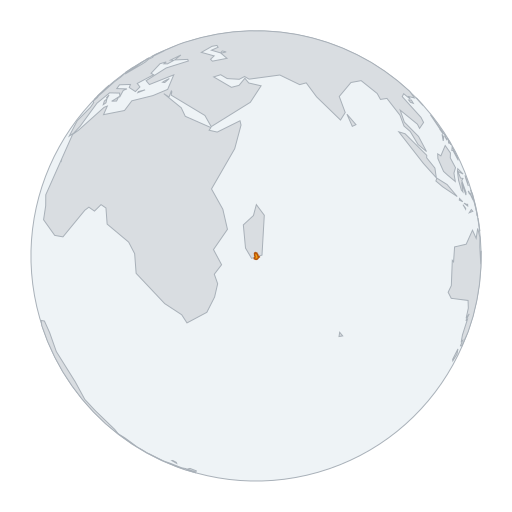 Androy highlighted on a globe, orthographic projection, rotated 344°
{"feature_id": "MDG-5864", "entity_name": "Androy", "entity_type": "Autonomous Province", "adm_level": 1, "iso_a3": "MDG", "parent_name": "Madagascar", "parent_adm1": "", "projection": "orthographic", "projection_center": [45.412, -24.742], "detail": "fine", "context": "on_globe", "style": "filled", "palette": "amber", "viewbox_px": 512, "rotation_deg": 344, "n_neighbors": 0, "source": "natural_earth", "source_scale": "10m", "svg_char_len": 6239}
<svg xmlns="http://www.w3.org/2000/svg" viewBox="0 0 512 512"><g transform="rotate(344 256 256)"><circle cx="256" cy="256" r="225" fill="#eef3f6" stroke="#a8b0b8"/><path d="M30.9,264.0L31.7,258.7L34.7,260.2L36.5,272.7L37.7,292.8L47.5,326.9L51.9,346.7L58.9,360.4L72.5,384.0L74.5,388.9L79.9,394.8L85.9,402.6L88.9,406.7L94.5,412.5L96.9,415.3L99.0,416.9L110.5,427.5L116.0,431.3L126.3,439.2L129.9,441.0L131.0,442.1L134.1,444.3L136.9,445.9L137.0,447.0L128.5,441.7L122.2,437.2L109.0,426.7L96.6,415.2L85.1,402.8L74.6,389.6L65.1,375.7L56.7,361.0L49.4,345.8L43.3,330.1L38.3,314.0L34.6,297.5L32.1,280.8L30.9,264.0ZM139.4,446.1L138.2,447.6L137.7,446.4L131.1,441.9L134.0,442.0L139.4,446.1ZM122.6,433.5L118.7,429.5L119.6,429.6L122.5,432.4L122.6,433.5ZM207.7,36.0L204.8,36.6L205.6,36.6L194.1,40.4L187.3,42.4L190.3,40.6L180.9,43.6L181.8,43.3L207.7,36.0ZM239.8,31.3L241.5,31.2L242.4,31.1L243.0,31.1L246.2,30.9L247.7,30.9L263.7,30.9L279.7,32.0L295.6,34.2L311.2,37.6L326.6,42.1L341.6,47.6L356.2,54.2L370.3,61.9L383.8,70.5L396.6,80.0L408.8,90.5L420.2,101.7L430.7,113.8L440.4,126.6L449.1,140.0L451.8,147.7L446.7,144.8L447.5,147.6L442.7,140.7L440.5,143.1L452.8,168.2L453.9,173.8L448.4,178.4L447.5,173.8L434.8,155.5L435.5,168.2L445.2,185.9L448.7,202.6L442.5,193.5L438.6,178.8L434.1,171.9L433.2,160.3L425.3,140.6L418.8,139.8L417.3,133.2L405.4,116.4L395.1,115.4L380.0,125.6L381.3,142.7L374.7,148.6L358.1,119.7L352.0,103.4L345.2,103.3L328.8,88.6L298.1,84.1L294.5,80.3L288.6,81.5L277.2,77.5L272.0,72.0L264.7,72.2L278.9,87.1L286.7,87.3L294.3,82.1L296.7,87.7L307.8,93.8L292.9,106.7L248.6,119.3L245.6,106.8L218.8,78.0L220.4,74.9L220.3,74.6L220.1,74.0L216.2,79.2L212.1,74.5L225.0,92.9L226.5,102.2L248.0,120.1L245.6,122.2L252.9,126.2L277.9,121.6L277.7,126.0L265.1,147.0L231.7,179.3L237.0,201.9L235.9,222.5L216.9,238.1L220.5,254.9L210.9,262.0L211.5,272.1L204.9,284.0L193.2,296.6L171.2,301.3L168.4,292.0L155.1,276.6L136.0,239.6L140.0,220.3L137.4,207.5L121.7,184.3L125.0,168.5L121.2,163.9L113.1,168.3L108.8,163.0L104.1,164.8L75.7,184.4L68.2,180.7L61.8,162.6L67.7,149.7L70.8,139.2L113.2,88.6L120.0,86.2L151.0,71.2L154.4,70.9L148.4,78.1L169.7,79.9L179.4,72.6L201.1,73.4L217.0,71.5L226.9,59.2L200.8,61.8L198.7,57.2L221.5,50.5L244.7,49.9L244.6,48.2L231.9,45.1L239.2,42.1L227.8,44.1L230.9,45.3L223.8,46.9L220.5,45.9L223.2,44.7L216.8,44.7L205.5,51.4L207.5,53.5L189.4,57.4L191.0,61.5L185.4,64.7L180.6,59.1L182.6,56.5L172.0,53.8L168.3,56.7L178.0,59.8L174.1,60.2L169.1,65.3L169.8,61.8L160.2,58.8L145.2,65.3L122.7,82.8L114.7,87.6L109.6,89.2L121.4,76.7L137.9,67.4L142.3,63.8L142.1,62.3L147.1,60.0L149.0,58.5L155.5,55.5L167.8,49.5L174.9,46.9L182.6,43.2L187.3,41.7L181.4,44.1L181.1,44.8L199.1,40.2L203.4,38.9L207.0,37.2L211.5,36.5L212.6,35.5L224.4,33.5L211.0,35.4L214.9,34.5L215.3,34.4L239.8,31.3ZM96.2,108.9L94.4,112.0L96.2,108.9ZM267.8,56.7L282.6,58.0L278.2,51.4L283.6,51.6L280.1,49.6L277.9,51.0L269.9,45.9L277.1,44.9L276.5,42.8L271.5,42.3L259.6,45.2L270.9,52.1L266.5,54.4L267.8,56.7ZM151.6,56.4L150.4,57.0L147.6,58.5L151.6,56.4ZM161.5,51.5L161.7,51.9L158.2,53.9L143.5,61.0L150.3,57.3L148.7,58.0L157.0,53.7L158.3,53.0L161.5,51.5ZM159.9,67.4L162.8,66.7L167.8,65.2L164.7,68.6L159.9,67.4ZM153.0,65.2L155.9,64.0L154.0,67.4L150.9,68.4L153.0,65.2ZM159.1,60.7L156.2,63.6L156.0,62.6L159.1,60.7ZM184.2,43.1L187.5,42.1L187.2,42.4L184.7,43.4L184.2,43.1ZM221.6,61.5L216.1,64.1L214.1,63.2L216.4,62.5L221.6,61.5ZM188.3,65.5L195.2,65.7L187.4,66.4L188.3,65.5ZM315.4,352.4L317.3,356.7L313.6,356.3L315.4,352.4ZM275.2,219.1L262.0,256.8L251.1,257.0L248.1,245.5L252.4,222.6L264.7,216.4L270.5,206.7L275.2,219.1ZM469.1,263.7L470.7,268.0L470.4,268.8L469.1,263.7ZM467.5,256.8L469.7,260.8L466.8,258.3L467.5,256.8ZM470.5,262.5L472.8,264.5L473.7,264.6L473.3,266.3L470.5,262.5ZM465.8,254.3L454.6,241.0L449.6,233.5L451.3,231.0L459.4,240.0L465.8,254.3ZM450.9,230.5L442.5,213.3L427.5,176.0L433.0,179.6L447.9,206.3L447.1,208.6L452.2,220.8L450.9,230.5ZM469.1,230.9L468.1,239.3L462.5,231.1L459.6,226.4L457.7,212.5L458.8,207.9L461.3,210.7L468.3,202.0L471.3,210.5L469.8,215.2L472.1,226.1L469.1,230.9ZM382.5,144.7L388.3,157.3L384.3,157.9L382.5,144.7ZM469.2,193.4L467.7,197.0L468.4,190.3L469.2,193.4ZM468.4,185.9L469.5,190.2L467.5,184.5L468.4,185.9ZM449.3,152.6L446.8,150.8L445.7,148.1L448.3,148.9L449.3,152.6ZM453.7,148.1L457.3,155.4L458.1,157.3L455.2,151.4L453.7,148.1ZM416.5,409.6L424.5,401.0L422.1,405.8L416.3,411.0L416.5,409.6ZM438.9,387.5L429.1,399.2L427.8,398.7L431.3,394.1L429.8,394.7L432.7,388.8L441.7,375.3L439.9,376.0L445.0,370.4L440.8,373.8L445.7,364.7L447.6,357.2L432.0,350.5L430.7,343.8L435.6,338.3L443.5,314.3L444.3,316.1L449.4,302.0L461.3,302.6L471.2,290.9L472.5,299.7L476.7,290.6L476.4,299.8L473.6,309.1L469.8,325.8L473.9,313.1L469.1,328.9L463.2,344.4L456.2,359.3L448.1,373.8L438.9,387.5ZM472.9,273.2L475.8,270.7L476.7,272.8L472.9,273.2ZM478.1,293.8L478.7,289.5L479.1,287.4L479.9,280.5L478.1,293.8ZM480.1,279.3L480.5,266.7L480.6,260.4L481.0,261.1L480.4,251.3L481.2,256.4L480.9,268.1L481.0,266.6L480.1,279.3ZM479.9,275.8L479.9,277.0L479.6,278.6L479.9,275.8ZM478.5,253.4L478.3,255.6L477.9,251.9L478.5,253.4ZM479.2,254.2L480.1,262.3L479.0,255.8L479.2,254.2ZM473.4,230.4L474.1,237.5L476.3,238.5L474.6,240.2L475.4,252.8L474.6,255.3L473.9,241.9L472.6,251.5L471.6,249.2L471.6,239.0L473.0,230.1L474.0,227.7L477.7,234.3L473.4,230.4ZM479.4,247.2L479.0,239.2L479.2,236.0L479.7,240.9L479.4,247.2ZM476.8,219.8L474.5,209.0L473.3,208.6L474.6,205.2L476.8,216.0L476.8,219.8ZM473.3,201.1L472.3,200.5L472.7,198.0L473.3,201.1ZM471.5,197.4L470.3,192.3L471.6,195.3L471.5,197.4ZM474.0,202.9L472.4,195.3L474.0,201.3L474.0,202.9ZM467.1,180.7L471.6,193.5L467.5,183.6L462.6,168.4L464.0,170.8L467.1,180.7Z" fill="#d9dde1" stroke="#a8b0b8" stroke-width="1"/><path d="M258.9,257.8L258.2,258.1L257.8,258.3L257.3,258.6L256.9,259.0L256.7,259.0L256.3,259.3L255.3,259.3L255.2,259.3L255.0,259.2L254.8,259.0L254.5,258.9L254.4,258.8L254.3,258.7L254.2,258.6L253.9,258.4L253.7,258.3L253.6,258.2L253.7,257.6L254.4,257.1L254.9,256.6L255.0,256.0L254.9,255.3L254.9,254.8L255.1,254.4L255.2,253.6L255.3,253.1L255.6,252.8L256.2,252.6L256.4,253.1L256.8,253.1L257.3,253.2L257.6,253.5L257.4,254.1L257.6,254.5L258.0,254.9L258.0,255.3L257.8,255.9L257.9,256.3L257.9,256.8L258.6,257.2L258.9,257.8Z" fill="#f59e0b" stroke="#b45309" stroke-width="1.5"/></g></svg>